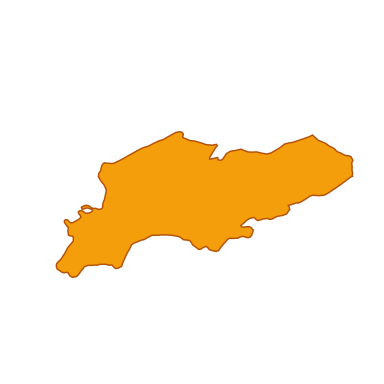 outline of Härjedalen, Jämtland, Sweden, rotated 150°
{"feature_id": "70781695B83252740141506", "entity_name": "Härjedalen", "entity_type": "district", "adm_level": 2, "iso_a3": "SWE", "parent_name": "Sweden", "parent_adm1": "Jämtland", "projection": "natural_earth1", "projection_center": [13.938, 62.166], "detail": "fine", "context": "isolated", "style": "filled", "palette": "amber", "viewbox_px": 384, "rotation_deg": 150, "n_neighbors": 0, "source": "geoboundaries", "source_scale": "gbopen_adm2", "svg_char_len": 3612}
<svg xmlns="http://www.w3.org/2000/svg" viewBox="0 0 384 384"><g transform="rotate(150 192 192)"><path d="M290.3,162.7L288.5,164.3L285.1,167.0L279.3,171.2L275.3,173.4L272.7,175.0L270.9,176.5L268.1,176.8L264.4,176.2L261.8,175.9L259.2,175.4L257.0,174.7L253.8,174.8L248.4,174.5L247.0,173.8L244.4,172.2L239.7,170.0L235.1,167.3L231.5,164.9L228.7,162.6L226.1,160.4L224.5,158.2L223.3,155.0L222.0,154.0L219.8,152.5L218.0,150.6L217.8,145.7L217.0,143.9L216.2,142.2L215.0,139.1L213.2,138.2L209.4,138.3L206.8,137.7L206.2,136.0L205.8,133.3L204.4,131.9L202.6,130.0L200.8,128.5L198.4,128.0L196.6,128.7L195.0,129.7L192.8,130.3L191.0,131.2L188.8,131.7L185.8,132.9L182.8,133.3L181.0,132.1L179.2,131.0L177.2,130.1L175.4,129.1L173.0,129.0L170.8,128.5L169.8,127.7L168.6,126.8L167.6,125.4L166.0,124.3L164.0,123.9L161.8,124.9L159.8,126.5L158.0,128.2L158.7,131.9L159.7,133.2L162.3,134.7L165.5,136.1L166.7,137.4L166.3,138.6L162.7,139.2L159.1,140.1L156.1,140.3L153.5,139.8L150.9,138.8L150.3,136.3L149.3,134.4L146.1,133.5L143.7,133.1L139.9,131.3L138.3,129.4L135.9,128.5L131.3,128.5L127.3,127.2L124.9,126.3L120.9,125.7L118.5,127.0L116.1,128.0L115.5,130.0L115.3,132.2L112.7,131.5L109.7,130.8L106.9,130.4L105.5,129.3L102.5,129.0L98.1,129.0L91.9,129.5L89.3,128.9L86.9,127.4L84.3,125.6L81.5,124.2L78.3,123.0L72.9,123.1L63.5,123.8L58.3,124.2L52.5,125.0L47.3,125.6L45.1,125.4L45.2,126.0L43.6,127.7L42.5,131.0L40.7,133.8L39.2,137.3L36.8,138.9L36.7,143.1L38.3,145.1L40.3,146.5L41.4,147.6L43.4,150.9L46.2,154.5L47.1,158.5L48.6,160.9L50.2,163.2L52.0,167.3L57.0,173.9L58.4,178.7L59.2,181.1L62.5,181.2L68.5,182.3L75.1,183.6L79.9,184.6L83.2,185.9L87.6,187.2L94.8,186.3L104.1,186.3L108.3,187.5L112.8,191.3L116.0,194.4L119.9,196.4L123.2,198.5L126.5,202.3L128.0,204.5L132.8,206.0L136.1,207.2L138.5,208.1L143.0,208.0L146.0,206.5L149.0,205.1L151.1,204.9L153.2,206.7L152.6,209.1L157.3,210.5L160.3,211.6L159.4,213.2L154.9,215.6L149.5,218.5L146.8,219.6L147.1,221.1L151.0,222.3L152.8,223.6L156.4,226.2L159.1,229.5L160.9,231.3L164.2,234.8L167.8,237.3L170.5,240.8L172.0,242.7L172.6,244.3L170.5,246.5L170.7,248.5L172.5,250.4L176.5,251.7L182.8,251.8L190.6,251.8L195.1,252.8L201.1,253.3L206.8,253.5L212.3,254.8L216.8,255.1L218.8,255.2L221.9,255.2L230.7,255.3L236.1,255.3L240.8,255.6L245.2,255.9L247.5,256.9L249.6,258.4L251.7,259.7L253.1,261.0L253.3,261.0L254.8,261.0L256.9,259.8L258.5,258.4L259.3,257.4L260.4,256.1L263.3,254.8L265.4,252.2L265.4,247.4L264.6,242.2L265.1,236.8L266.5,234.8L269.4,231.7L271.8,229.1L274.1,227.4L275.9,225.2L277.2,223.2L279.1,222.7L281.4,223.5L283.6,226.0L286.4,227.6L287.4,229.8L288.1,231.3L290.0,233.3L292.6,234.0L295.3,234.2L295.7,232.9L295.8,232.1L294.5,231.5L291.6,231.0L290.3,230.2L288.2,227.9L287.3,226.7L287.3,225.7L289.0,225.0L291.3,225.2L293.0,225.8L295.0,227.0L295.5,228.5L296.1,229.7L296.6,230.8L298.3,231.8L300.4,231.7L301.0,229.9L300.5,227.6L300.7,225.9L302.6,225.1L306.8,224.9L310.4,225.0L312.2,225.8L313.3,227.5L313.4,229.2L314.0,230.3L315.6,231.3L317.3,230.6L317.7,228.2L317.1,224.1L316.7,223.1L318.7,220.8L319.6,218.7L320.6,216.5L319.6,215.0L317.7,213.7L317.5,211.9L319.4,208.8L327.4,205.9L332.8,202.5L339.1,199.3L342.7,198.5L345.2,197.5L346.7,195.5L347.3,192.6L345.9,190.1L344.8,187.7L343.3,186.0L341.1,185.4L339.7,184.2L339.7,182.5L339.7,180.8L339.2,179.5L338.3,178.0L338.2,177.9L336.4,177.3L334.4,176.5L332.2,177.1L329.9,177.9L327.8,179.0L324.6,180.0L322.8,181.1L319.8,180.7L317.3,179.7L314.8,178.2L312.1,177.1L310.9,175.9L308.4,175.6L305.5,174.1L302.5,172.3L300.8,170.3L297.9,168.9L297.4,167.2L297.2,165.6L296.2,163.8L293.6,162.9L290.8,163.0L290.3,162.7Z" fill="#f59e0b" stroke="#b45309" stroke-width="1.5"/></g></svg>